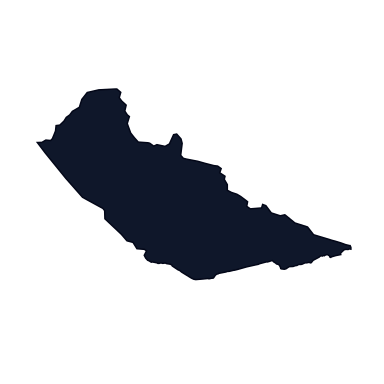 outline of Mbere, Adamaoua, Cameroon, rotated 52°
{"feature_id": "32672807B16068661668461", "entity_name": "Mbere", "entity_type": "district", "adm_level": 2, "iso_a3": "CMR", "parent_name": "Cameroon", "parent_adm1": "Adamaoua", "projection": "albers", "projection_center": [14.525, 6.605], "detail": "fine", "context": "isolated", "style": "filled", "palette": "ink", "viewbox_px": 384, "rotation_deg": 52, "n_neighbors": 0, "source": "geoboundaries", "source_scale": "gbopen_adm2", "svg_char_len": 2707}
<svg xmlns="http://www.w3.org/2000/svg" viewBox="0 0 384 384"><g transform="rotate(52 192 192)"><path d="M57.8,283.4L70.7,283.6L103.7,283.0L128.8,281.5L141.8,275.9L150.1,272.3L152.9,272.3L159.5,277.1L181.8,273.7L190.4,273.3L195.4,269.5L202.8,270.3L207.9,264.8L210.4,264.1L212.5,268.6L215.6,269.2L217.8,269.0L218.4,269.0L220.0,268.1L221.8,267.5L222.4,267.1L222.7,266.3L226.3,263.2L227.3,262.8L228.0,261.9L228.7,260.2L230.3,258.9L231.2,257.3L231.6,256.7L232.7,256.2L235.6,253.5L236.6,253.1L237.4,252.9L238.1,253.1L244.8,250.9L246.3,250.0L247.3,249.8L248.7,249.5L259.5,245.5L261.7,244.4L263.3,243.0L263.9,242.1L267.3,236.9L270.0,232.6L270.5,232.4L271.2,231.5L271.6,230.4L272.9,228.3L272.9,227.8L271.9,224.7L272.0,223.0L272.6,221.7L272.5,221.1L272.9,220.4L276.0,214.3L276.1,213.5L277.5,211.4L279.2,207.6L279.8,206.6L280.3,205.5L281.1,203.7L284.7,194.9L288.6,186.7L289.8,184.3L290.1,182.9L291.3,180.1L293.0,176.1L293.4,175.9L294.1,174.4L295.1,171.6L295.6,170.8L296.9,170.7L297.2,170.7L299.3,169.9L299.9,169.8L300.7,169.7L302.3,168.5L302.5,168.4L303.1,168.3L304.5,168.4L306.2,168.8L306.9,169.2L307.5,169.0L309.7,166.8L310.4,165.2L310.6,161.9L310.9,161.0L312.5,158.8L313.1,157.8L313.2,157.4L313.5,156.3L314.5,154.5L314.8,152.5L316.2,150.7L316.7,149.6L317.4,146.6L318.5,145.1L319.5,143.0L320.7,142.4L321.1,141.6L321.0,141.1L320.4,138.6L321.6,131.9L321.5,131.3L321.5,130.5L321.7,129.5L322.7,128.8L323.0,127.5L323.7,127.0L323.7,126.1L324.4,124.2L324.8,123.8L327.0,122.9L327.9,123.4L328.7,123.2L329.0,122.8L328.8,122.1L329.1,121.7L330.6,117.9L332.9,113.3L331.9,112.8L331.6,112.3L331.2,107.7L331.9,106.1L333.4,104.4L333.7,103.1L334.9,102.0L334.5,101.6L333.9,101.5L333.4,100.8L332.5,100.7L331.6,100.4L331.4,100.7L328.0,103.4L323.8,106.0L318.7,109.6L316.6,111.2L301.1,122.1L300.5,122.5L290.7,122.5L280.6,129.4L279.7,130.0L267.7,132.7L267.1,132.9L265.1,137.1L257.3,142.4L248.2,142.2L245.3,144.0L247.4,147.0L241.2,156.4L237.0,157.7L233.9,154.2L232.6,154.5L225.5,156.4L221.4,158.0L216.6,161.2L212.4,163.1L207.9,159.6L201.9,158.8L199.9,156.3L193.9,158.3L191.5,154.6L187.4,155.8L184.7,158.5L177.3,164.2L171.4,168.5L162.8,176.0L160.1,178.1L156.1,178.3L152.5,174.7L147.6,169.8L143.4,168.0L136.9,168.4L135.5,171.2L140.2,180.2L139.6,184.4L139.5,185.1L136.2,187.9L133.1,190.5L132.3,193.9L127.5,195.3L126.1,196.4L119.6,203.6L113.6,204.0L107.7,204.0L98.2,200.9L94.0,194.9L91.4,195.5L86.8,195.1L83.0,190.4L77.0,191.4L72.9,191.3L69.6,186.8L64.6,187.8L64.1,188.4L63.3,189.5L54.1,202.6L49.1,213.3L51.2,221.8L55.9,228.6L54.8,236.6L56.0,240.9L55.8,245.1L57.3,249.2L57.9,255.0L56.0,258.2L59.9,262.0L62.3,266.1L63.3,267.9L64.0,269.0L64.4,271.7L61.1,275.2L60.5,279.7L57.8,283.4Z" fill="#0f172a" stroke="#020617" stroke-width="1.5"/></g></svg>